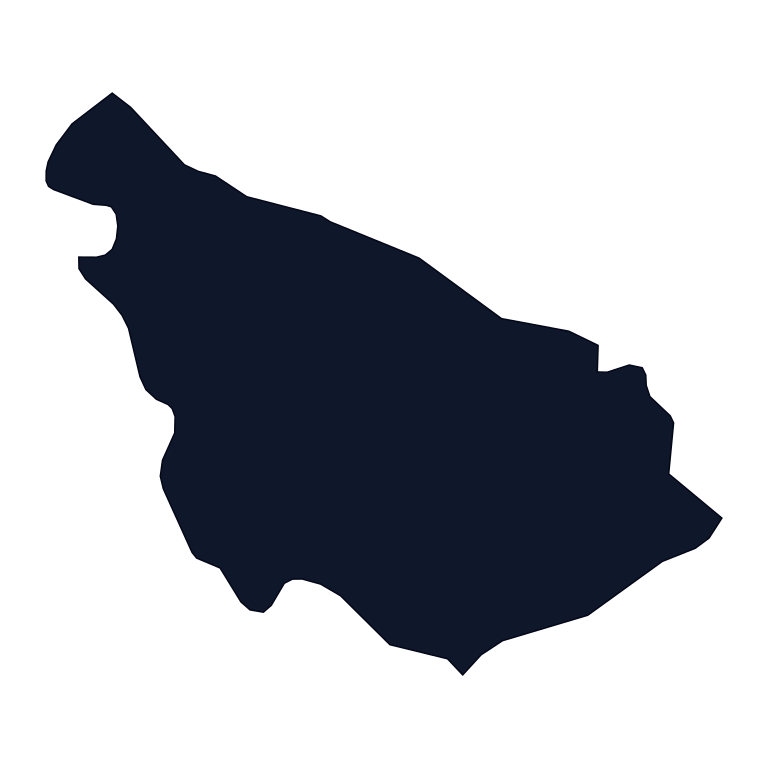 outline of Brindisi
{"feature_id": "ITA-5406", "entity_name": "Brindisi", "entity_type": "Province", "adm_level": 1, "iso_a3": "ITA", "parent_name": "Italy", "parent_adm1": "", "projection": "equal_earth", "projection_center": [17.605, 40.637], "detail": "fine", "context": "isolated", "style": "filled", "palette": "ink", "viewbox_px": 768, "rotation_deg": 0, "n_neighbors": 0, "source": "natural_earth", "source_scale": "10m", "svg_char_len": 1042}
<svg xmlns="http://www.w3.org/2000/svg" viewBox="0 0 768 768"><path d="M112.2,93.1L130.6,107.3L184.4,164.8L198.1,171.3L215.5,176.0L246.7,196.7L320.9,215.9L330.2,221.8L419.1,258.1L501.5,318.6L568.8,331.2L598.1,345.4L597.3,372.0L607.2,372.2L629.3,365.0L642.3,367.8L645.8,375.1L646.2,385.3L649.9,396.6L670.2,415.8L673.6,422.9L668.7,473.9L721.9,518.1L709.1,538.0L695.4,548.2L662.3,561.4L587.8,615.2L502.5,640.7L481.1,654.8L462.7,674.9L447.5,658.8L389.9,644.7L340.6,595.8L320.6,584.1L302.1,579.0L292.4,579.1L284.3,583.3L271.3,605.3L263.4,612.2L250.0,609.9L241.0,602.0L220.1,568.0L196.6,558.1L192.1,552.5L163.3,488.8L160.3,476.2L162.5,460.2L174.7,433.0L175.1,416.6L172.2,408.6L168.0,404.5L156.4,399.3L145.9,389.6L140.0,376.8L128.5,328.2L122.0,315.2L113.5,304.2L85.5,278.9L79.0,268.7L78.8,257.1L96.5,257.2L105.2,255.1L112.2,249.3L116.4,238.9L117.8,226.1L116.2,214.3L111.4,206.9L106.3,205.3L93.2,204.3L53.7,189.6L48.6,186.4L46.1,180.9L46.2,170.9L48.1,161.9L56.2,144.9L72.1,123.8L112.2,93.1Z" fill="#0f172a" stroke="#020617" stroke-width="1.5"/></svg>